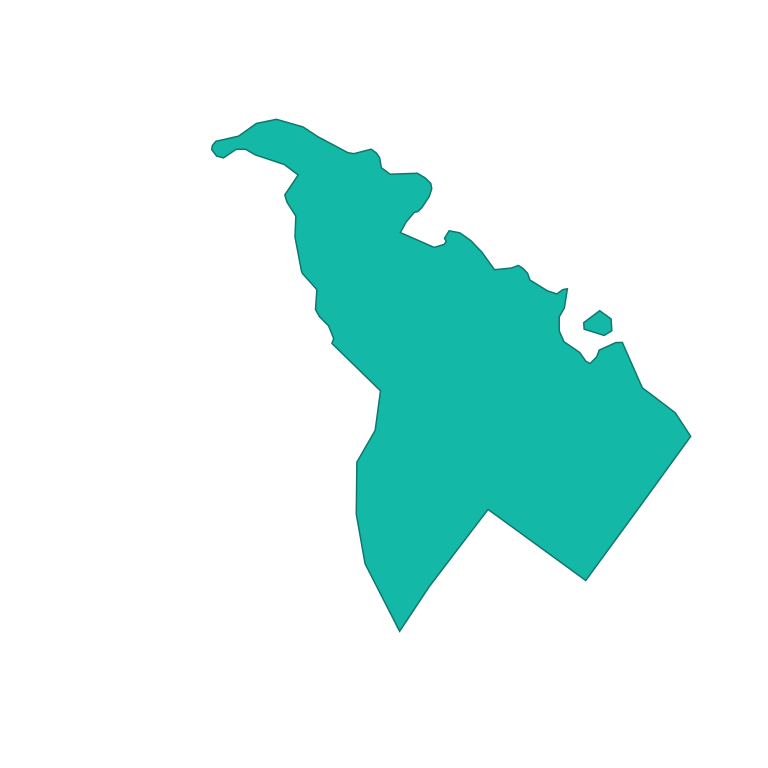 the district of Kitsap, Washington, United States of America, rotated 306°
{"feature_id": "52423323B24057696547970", "entity_name": "Kitsap", "entity_type": "district", "adm_level": 2, "iso_a3": "USA", "parent_name": "United States of America", "parent_adm1": "Washington", "projection": "mercator", "projection_center": [-122.582, 47.672], "detail": "fine", "context": "isolated", "style": "filled", "palette": "teal", "viewbox_px": 768, "rotation_deg": 306, "n_neighbors": 0, "source": "geoboundaries", "source_scale": "gbopen_adm2", "svg_char_len": 1324}
<svg xmlns="http://www.w3.org/2000/svg" viewBox="0 0 768 768"><g transform="rotate(306 384 384)"><path d="M343.6,662.7L439.4,663.0L521.9,662.9L531.9,636.6L532.8,595.1L557.7,552.4L553.8,547.2L538.0,538.2L531.1,540.1L521.6,538.7L521.1,533.8L524.5,523.9L524.0,504.7L529.9,494.6L533.2,492.2L541.3,486.3L551.6,485.2L568.8,476.4L565.5,473.2L558.4,470.9L555.4,461.3L553.9,441.0L558.0,435.0L559.2,428.8L558.9,423.0L552.7,418.9L541.4,406.2L548.1,386.0L551.0,370.3L550.9,356.6L546.3,346.6L537.4,347.3L536.1,350.4L532.5,350.7L524.0,344.3L516.1,308.2L528.1,306.7L540.6,307.6L543.5,310.1L548.8,311.0L562.2,310.4L570.0,307.9L573.8,303.9L574.9,296.3L574.1,287.1L557.3,265.6L557.4,254.8L564.5,247.4L566.4,242.1L566.4,235.6L552.6,224.2L549.9,218.7L545.2,185.2L544.4,167.5L534.9,141.4L519.8,127.6L499.0,120.6L481.5,105.3L475.9,105.0L472.3,106.9L470.0,114.6L472.6,121.3L486.9,126.4L492.5,134.0L493.8,145.4L503.0,174.5L502.6,191.7L478.6,192.6L474.0,198.8L468.0,214.0L450.6,225.6L426.9,250.8L425.4,253.2L420.9,274.2L404.0,284.8L400.5,292.3L398.5,304.9L391.2,316.6L386.2,318.0L376.7,383.2L376.4,385.2L341.3,404.1L304.8,408.0L262.5,438.0L227.5,474.3L193.1,542.0L246.8,539.7L343.7,541.9L343.6,662.7ZM551.0,509.5L546.0,513.7L552.7,533.6L561.0,537.0L570.1,529.5L570.1,515.4L551.0,509.5Z" fill="#14b8a6" stroke="#0f766e" stroke-width="1.5"/></g></svg>